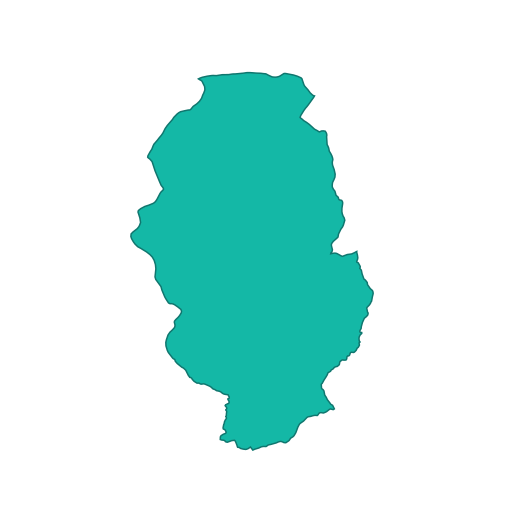 the district of Monguì, Boyacá, Colombia, rotated 210°
{"feature_id": "7082276B75915800684319", "entity_name": "Monguì", "entity_type": "district", "adm_level": 2, "iso_a3": "COL", "parent_name": "Colombia", "parent_adm1": "Boyacá", "projection": "mercator", "projection_center": [-72.845, 5.698], "detail": "fine", "context": "isolated", "style": "filled", "palette": "teal", "viewbox_px": 512, "rotation_deg": 210, "n_neighbors": 0, "source": "geoboundaries", "source_scale": "gbopen_adm2", "svg_char_len": 6125}
<svg xmlns="http://www.w3.org/2000/svg" viewBox="0 0 512 512"><g transform="rotate(210 256 256)"><path d="M283.7,128.6L277.1,125.9L276.1,125.7L274.7,125.8L274.2,125.5L273.7,124.8L273.0,124.4L270.4,123.5L264.7,122.6L262.8,122.7L259.8,122.0L254.5,118.5L253.5,118.3L252.9,117.8L252.4,117.8L251.8,118.1L250.8,118.0L250.4,117.9L249.5,117.3L246.9,116.5L243.5,116.4L241.9,117.4L240.1,117.4L239.3,117.7L237.3,119.2L236.1,119.5L231.0,120.1L229.3,120.0L226.9,119.4L224.4,119.8L223.0,119.6L220.2,120.5L218.6,120.7L216.3,120.3L214.7,120.4L212.9,121.0L210.9,121.8L210.6,121.8L209.9,121.1L208.8,120.7L208.5,120.2L208.2,119.3L208.8,118.6L208.9,118.1L208.4,117.6L206.9,116.8L206.1,115.9L206.0,115.3L206.1,114.6L206.8,113.7L207.6,112.3L207.9,112.0L207.9,111.0L207.6,110.8L205.9,110.2L205.2,109.6L205.0,108.8L205.3,107.9L205.2,107.7L205.0,107.4L203.9,107.0L203.5,106.4L202.6,104.2L201.8,102.9L202.0,102.1L201.9,101.8L200.9,101.3L200.6,101.0L200.4,100.5L200.6,98.7L200.4,96.6L199.8,95.1L199.7,93.9L198.7,90.9L198.3,90.3L197.7,89.8L196.9,90.0L195.8,89.9L194.2,88.9L193.6,88.1L193.7,87.1L195.2,85.3L196.4,83.0L196.5,82.0L196.3,81.3L195.2,79.2L193.6,79.5L192.1,80.2L191.2,80.4L190.6,80.4L189.6,79.9L187.9,80.3L187.6,80.5L184.7,84.0L182.4,85.7L181.6,85.4L180.2,84.5L177.4,82.2L176.8,81.5L176.2,81.2L174.8,81.8L173.2,81.6L170.7,82.3L168.3,83.3L167.5,84.0L166.4,85.4L165.3,87.8L161.7,86.3L160.6,87.9L157.6,91.1L156.0,93.4L154.5,94.7L152.3,95.9L151.9,96.2L150.9,98.5L149.0,100.2L145.0,104.3L143.5,106.4L141.9,107.8L141.3,108.0L139.9,108.3L139.1,108.3L138.4,108.4L136.8,109.2L135.3,112.2L135.1,112.8L134.9,115.5L133.6,118.0L133.3,119.1L133.2,120.3L133.2,123.0L134.2,128.8L134.3,132.0L134.0,133.2L132.3,136.8L131.1,141.8L130.4,142.9L128.6,144.3L126.7,146.3L125.3,147.5L123.2,148.5L122.9,149.4L122.8,151.2L122.2,152.3L121.1,153.0L119.2,153.7L118.3,154.7L117.1,156.4L115.8,159.7L115.2,160.6L114.6,160.9L112.5,161.5L112.1,161.8L111.7,162.8L115.0,165.0L117.2,165.0L118.8,165.8L122.3,167.2L124.6,168.8L126.9,169.9L129.7,173.1L131.1,173.8L132.3,173.9L133.2,174.4L135.2,177.3L135.3,177.7L135.0,178.8L135.1,182.6L134.9,186.3L134.9,188.9L135.2,190.2L135.2,191.0L133.8,193.5L133.9,194.3L133.8,195.0L132.9,196.6L132.6,197.4L132.6,198.4L131.7,199.9L130.5,200.9L129.7,202.8L129.6,203.8L130.4,206.0L130.4,206.8L129.5,208.8L128.9,209.4L127.9,209.7L126.6,210.5L125.9,211.3L126.1,212.5L126.8,214.1L126.8,214.9L126.5,215.5L125.9,215.7L125.5,216.4L125.4,217.3L125.8,218.5L125.8,219.6L125.2,220.4L123.3,221.2L122.7,222.0L122.1,224.3L122.3,226.8L121.8,228.1L121.8,229.6L121.9,230.6L123.2,232.1L123.3,232.8L122.9,233.2L123.1,233.7L124.1,234.1L124.7,234.8L125.6,236.1L126.1,237.3L126.3,238.7L126.3,239.8L125.7,241.8L125.9,242.2L126.2,242.6L127.3,242.1L128.0,242.2L128.4,242.6L128.7,243.5L128.7,245.5L128.9,246.3L129.4,247.2L130.6,251.7L131.0,255.7L131.0,256.4L130.2,258.4L129.7,260.5L130.0,261.8L130.4,262.7L131.3,263.1L134.1,266.3L134.1,267.2L133.3,270.4L133.2,272.2L133.4,273.7L133.3,274.6L134.8,278.8L135.7,281.9L136.5,283.1L137.4,284.0L138.3,284.4L140.8,284.9L143.7,286.3L144.3,286.5L145.1,287.0L146.5,288.7L148.9,289.7L150.1,290.0L151.0,290.0L155.2,293.6L157.7,296.4L159.9,297.2L160.2,298.6L160.7,299.2L164.0,301.2L165.8,301.2L166.1,301.7L166.4,303.9L166.9,305.3L168.6,307.5L170.6,309.5L171.0,310.3L171.5,309.6L172.3,308.2L174.2,305.6L177.7,302.9L180.9,299.0L181.3,298.8L182.6,298.7L186.9,298.6L188.0,298.4L189.2,297.9L190.6,296.9L192.4,295.3L192.7,296.4L192.4,297.4L192.5,298.3L192.9,299.6L195.8,302.6L196.3,303.4L196.7,304.5L196.4,307.3L194.5,313.0L194.5,313.4L195.0,315.0L195.4,315.8L195.6,317.2L195.9,321.4L195.6,324.5L195.8,326.5L197.0,331.4L198.7,333.1L200.5,334.1L202.4,335.7L203.9,337.5L205.5,340.4L207.1,344.6L207.8,345.8L208.6,346.5L209.7,347.0L211.9,346.3L212.8,346.6L214.2,348.0L216.9,348.6L217.7,349.2L218.3,349.9L220.1,351.6L222.3,352.5L224.3,353.8L225.2,355.1L226.1,357.0L226.5,358.3L226.7,361.1L227.1,363.8L228.4,366.5L231.5,369.9L234.7,372.6L235.8,373.8L236.9,375.5L237.6,377.8L238.6,379.1L240.4,380.7L242.5,382.1L244.9,383.4L247.1,385.9L249.1,387.4L250.1,388.0L254.5,394.6L255.1,396.1L256.0,397.2L257.1,398.0L258.5,398.7L260.3,398.0L261.8,397.0L263.1,395.2L263.4,395.1L265.6,395.2L268.7,395.1L275.6,396.6L279.1,397.0L282.2,397.1L285.1,397.7L286.4,397.8L287.1,398.0L287.2,398.4L287.5,400.1L287.3,406.2L287.0,408.9L286.7,410.3L286.3,413.0L285.4,422.0L285.4,423.9L286.2,423.7L287.3,423.6L290.7,424.4L294.1,425.9L298.7,427.4L300.3,428.4L304.9,432.5L305.9,432.8L307.1,432.7L310.0,432.4L314.0,431.5L321.5,428.9L322.5,428.4L323.1,427.9L325.1,424.1L325.8,423.0L327.2,421.6L328.7,420.5L331.2,419.3L332.2,419.1L335.4,418.8L338.4,418.7L339.2,418.4L340.9,417.6L343.1,416.7L346.9,414.7L352.5,412.0L355.5,410.3L358.4,408.0L365.0,403.3L367.3,401.9L370.4,399.4L375.9,396.1L380.5,392.4L383.6,390.8L384.9,389.9L388.2,387.3L391.9,383.9L393.5,382.0L394.4,380.6L392.8,380.5L391.7,380.6L390.2,380.4L385.3,377.1L383.6,374.8L383.2,373.7L382.7,370.9L382.6,368.8L382.0,365.4L382.1,363.8L382.3,361.7L383.4,358.0L385.2,354.2L385.8,350.5L386.4,349.3L387.7,348.5L390.2,346.3L393.5,343.2L394.5,341.5L395.3,339.6L396.5,334.9L396.6,332.4L398.1,324.6L398.4,320.9L398.1,316.0L398.3,313.4L398.9,310.1L399.3,307.0L400.3,301.9L400.2,300.2L399.6,296.3L399.8,293.5L399.7,288.8L399.2,287.4L398.3,287.1L396.5,286.9L393.2,285.8L386.0,279.3L376.9,272.3L373.5,269.8L370.7,268.7L369.5,267.7L369.6,266.1L370.2,264.4L370.4,262.2L370.1,255.9L370.2,253.8L370.5,252.1L371.2,250.4L374.2,246.5L377.0,243.4L379.5,239.4L380.6,236.6L380.2,235.1L375.6,230.9L372.7,227.3L372.2,224.4L372.1,222.9L372.5,220.3L374.5,215.4L375.2,212.7L374.1,210.3L372.4,208.8L369.5,207.1L366.9,205.9L363.1,204.9L359.4,205.0L352.8,204.8L348.5,204.2L345.2,203.2L342.0,201.3L338.8,198.3L336.3,194.8L333.0,187.4L331.1,185.6L323.0,182.0L320.5,179.5L314.6,175.0L312.6,173.8L308.3,171.6L306.6,171.7L305.5,172.4L303.8,173.0L301.9,173.1L298.3,172.8L294.4,172.2L292.9,171.0L292.3,169.3L292.4,166.2L292.8,163.8L293.7,160.8L294.0,158.9L293.7,157.9L291.6,155.7L290.9,154.1L290.9,152.6L291.7,149.3L292.4,147.2L292.7,143.6L291.7,138.6L290.9,136.1L289.0,133.1L285.7,130.0L283.7,128.6Z" fill="#14b8a6" stroke="#0f766e" stroke-width="1.5"/></g></svg>